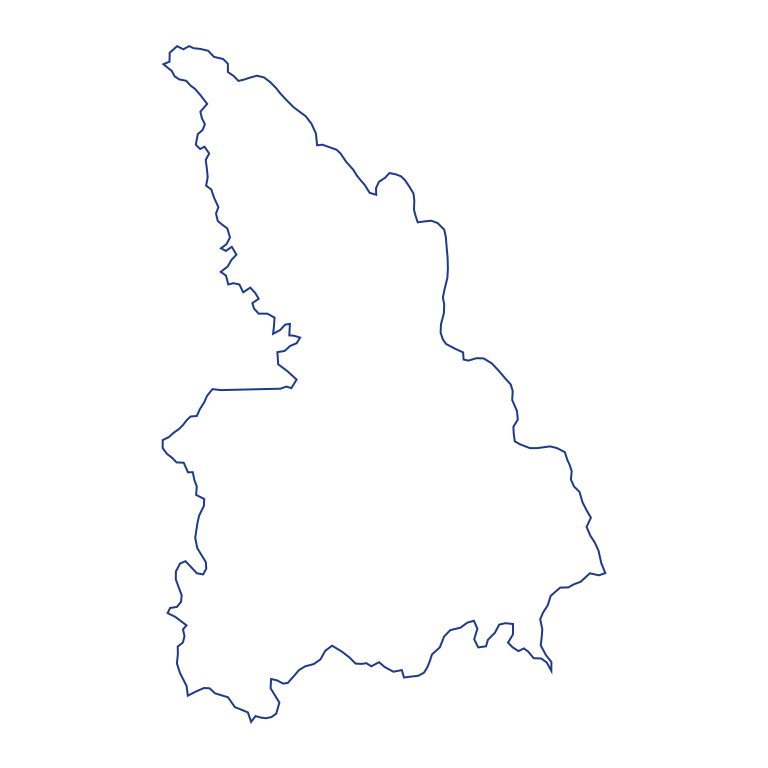 outline of Itaporanga, São Paulo, Brazil
{"feature_id": "56859067B77352846322410", "entity_name": "Itaporanga", "entity_type": "district", "adm_level": 2, "iso_a3": "BRA", "parent_name": "Brazil", "parent_adm1": "São Paulo", "projection": "equal_earth", "projection_center": [-49.469, -23.65], "detail": "fine", "context": "isolated", "style": "outline", "palette": "blue", "viewbox_px": 768, "rotation_deg": 0, "n_neighbors": 0, "source": "geoboundaries", "source_scale": "gbopen_adm2", "svg_char_len": 3877}
<svg xmlns="http://www.w3.org/2000/svg" viewBox="0 0 768 768"><path d="M162.7,440.1L162.7,448.1L167.0,453.9L172.3,458.0L176.6,462.4L183.7,462.7L188.0,472.3L192.8,472.2L194.4,480.1L196.8,486.5L196.1,494.9L204.2,499.0L203.9,505.9L199.1,515.7L197.6,522.2L195.2,537.8L197.3,548.2L205.8,562.1L206.3,568.6L203.2,574.4L196.9,573.3L185.5,561.2L180.0,563.6L175.9,571.4L175.8,579.4L181.7,595.4L181.0,601.9L176.9,606.9L170.1,608.0L167.6,613.1L175.2,616.8L180.5,620.8L186.5,625.3L183.0,629.4L184.5,636.4L182.8,642.6L177.7,646.6L177.9,653.8L176.9,663.4L180.0,673.1L186.6,686.0L187.8,695.7L196.2,691.4L204.0,688.0L209.6,688.3L215.1,693.4L227.9,697.2L234.9,707.1L247.9,712.4L251.1,721.9L255.5,716.1L261.0,717.6L265.7,718.2L271.2,717.2L276.2,713.7L279.4,702.6L270.6,688.3L271.1,679.0L276.9,680.3L283.2,683.6L287.8,682.9L294.1,675.8L299.0,670.1L305.0,666.4L313.9,664.0L320.5,659.3L325.3,650.7L332.1,645.7L341.7,651.5L349.4,657.4L355.6,663.6L361.5,663.9L366.3,663.2L371.4,666.3L379.0,662.2L384.8,667.1L393.4,671.7L401.8,670.1L404.0,677.5L411.0,676.6L418.2,675.8L424.0,672.7L427.3,667.3L429.9,661.0L431.9,654.5L439.8,647.4L444.1,636.5L450.3,630.1L460.5,627.7L467.4,622.6L473.9,620.8L477.4,628.7L474.2,639.2L478.2,647.4L486.0,646.3L487.9,639.8L494.9,632.8L499.2,624.6L505.4,623.2L513.0,624.0L513.0,634.4L508.0,642.6L512.7,647.4L518.5,651.1L523.8,648.4L528.1,651.5L533.7,658.2L541.3,658.5L546.8,662.6L551.3,670.8L551.4,661.9L546.1,655.4L540.7,645.3L541.6,638.1L542.3,629.4L540.2,619.1L543.1,612.5L547.8,605.2L550.7,595.8L560.2,587.6L568.3,587.4L574.1,584.2L580.6,581.8L589.9,573.3L599.0,575.3L605.3,573.1L601.3,563.2L598.5,550.6L594.7,542.4L590.4,535.8L586.6,526.9L590.9,517.7L587.1,511.2L582.6,502.5L579.5,491.9L574.0,486.5L570.9,479.5L571.7,471.3L569.6,464.8L567.2,459.6L564.9,452.2L557.0,448.1L550.1,446.4L544.9,447.1L537.3,448.1L529.9,448.1L520.3,444.4L514.8,441.4L513.7,433.2L513.4,426.7L517.8,419.6L517.0,411.2L512.2,400.0L512.7,391.1L510.8,384.6L505.9,379.2L498.8,370.8L491.7,363.3L483.6,358.4L476.5,358.2L468.4,360.6L463.6,359.5L463.1,352.4L455.0,348.7L446.1,344.0L442.9,339.5L440.6,332.7L441.0,324.2L443.9,313.1L444.2,304.2L442.9,297.7L444.4,289.9L447.4,277.8L447.9,268.5L447.6,257.8L446.6,246.5L445.8,237.0L444.2,229.6L437.6,223.1L431.4,220.7L424.6,221.4L417.7,222.3L415.5,215.6L414.0,209.8L414.3,200.4L413.5,193.5L409.4,186.7L405.1,180.3L401.0,176.3L395.4,174.2L389.4,173.1L384.8,178.0L379.0,181.7L376.0,188.2L376.2,194.8L369.6,192.8L364.8,185.0L361.0,180.7L356.9,175.6L353.3,169.8L346.0,161.6L340.5,153.4L336.5,149.7L330.0,147.4L322.4,144.7L317.1,145.3L315.9,133.4L311.4,123.6L305.6,116.1L300.1,112.1L293.6,107.2L285.8,99.4L280.0,93.1L276.3,88.3L270.3,82.2L264.0,77.4L256.9,75.7L249.8,77.7L243.7,79.7L238.4,80.9L233.8,76.1L227.9,72.0L227.9,63.8L223.2,59.0L214.0,56.9L208.2,50.8L200.3,48.9L193.5,48.2L189.1,46.1L183.4,49.3L177.1,46.2L169.7,52.7L169.5,61.7L163.4,64.2L171.8,71.0L174.7,76.4L179.3,79.4L186.2,80.8L190.5,85.5L194.8,88.7L200.3,95.0L207.2,103.9L200.4,111.7L201.9,118.2L204.9,124.3L202.6,130.0L197.8,134.1L195.8,144.7L200.1,149.0L204.5,146.7L209.2,153.5L205.7,159.9L206.9,169.0L207.7,177.2L206.1,185.7L211.3,189.5L214.0,197.6L218.4,207.1L216.0,213.6L217.8,221.0L221.9,224.4L227.3,228.5L230.0,237.4L226.5,244.2L221.0,248.3L225.9,250.9L231.8,246.8L236.4,254.7L231.2,260.2L227.7,266.5L220.7,271.9L226.0,275.6L228.3,284.5L233.5,283.2L239.4,284.5L243.2,292.3L250.3,287.6L255.3,293.1L258.7,298.8L252.3,303.2L254.1,308.7L258.7,313.7L267.5,313.7L274.6,317.7L273.9,326.6L273.1,333.8L280.2,330.0L285.2,324.6L289.9,323.9L289.3,335.4L293.9,335.7L300.1,337.6L296.7,343.2L290.1,346.0L284.5,351.0L277.4,352.1L278.2,364.3L287.3,371.1L296.6,379.6L291.4,388.1L286.3,386.6L280.4,388.7L220.7,390.1L212.5,389.1L207.0,395.9L204.4,402.0L199.9,409.1L196.8,416.0L190.6,416.5L186.6,420.3L182.9,425.1L179.2,428.8L173.5,432.9L169.0,437.0L162.7,440.1Z" fill="none" stroke="#1e3a8a" stroke-width="2"/></svg>